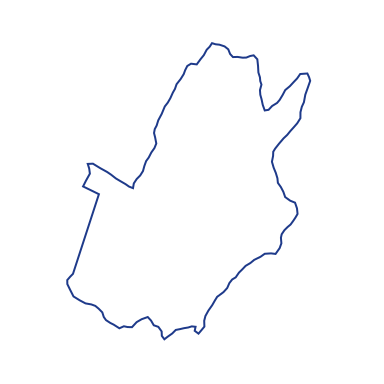 outline of Itagi, Bahia, Brazil, rotated 192°
{"feature_id": "56859067B20920204159127", "entity_name": "Itagi", "entity_type": "district", "adm_level": 2, "iso_a3": "BRA", "parent_name": "Brazil", "parent_adm1": "Bahia", "projection": "mercator", "projection_center": [-40.033, -14.169], "detail": "fine", "context": "isolated", "style": "outline", "palette": "blue", "viewbox_px": 384, "rotation_deg": 192, "n_neighbors": 0, "source": "geoboundaries", "source_scale": "gbopen_adm2", "svg_char_len": 2298}
<svg xmlns="http://www.w3.org/2000/svg" viewBox="0 0 384 384"><g transform="rotate(192 192 192)"><path d="M295.7,79.9L294.8,76.0L290.8,70.9L286.2,65.2L279.3,62.7L273.0,60.9L267.1,61.1L262.9,60.5L259.1,58.5L254.7,55.6L252.3,51.4L249.5,48.8L244.6,46.9L241.1,46.0L234.7,43.6L230.7,46.5L226.9,46.5L222.6,47.3L219.1,53.2L214.8,57.1L209.3,60.5L205.3,57.7L201.7,53.7L196.9,53.1L192.7,49.3L191.6,45.0L188.4,42.2L185.8,45.3L181.9,49.5L179.2,53.7L175.2,55.4L171.6,57.1L167.5,58.7L164.3,60.5L160.5,60.9L160.5,56.8L156.2,54.8L154.2,58.5L151.9,62.9L153.3,68.6L153.1,73.5L151.3,79.4L148.7,85.5L147.0,90.8L145.6,94.7L140.4,100.6L137.6,105.4L136.5,110.7L134.5,114.8L131.5,117.6L129.3,122.9L126.9,126.5L124.2,130.9L120.1,134.7L117.0,138.6L111.5,142.9L108.0,146.7L101.9,148.4L97.4,148.8L94.6,155.3L93.9,160.4L95.5,165.7L95.5,169.3L93.7,173.8L91.3,177.5L88.8,180.7L86.9,185.0L85.5,188.5L84.2,192.5L85.9,197.8L89.0,203.0L94.1,203.9L99.8,206.4L102.7,211.2L106.1,215.3L109.9,218.8L111.3,223.2L114.0,228.1L117.2,232.8L120.1,238.2L120.2,244.2L120.9,248.3L119.7,251.7L117.0,257.2L113.6,263.5L110.7,267.7L108.5,272.0L105.9,276.5L103.4,281.0L101.3,286.7L102.5,292.6L102.3,298.2L101.2,303.0L101.4,310.8L100.4,318.2L99.5,325.3L101.4,328.7L103.8,331.9L110.7,329.9L112.8,324.9L115.2,321.0L118.3,315.8L122.0,311.1L123.5,305.8L125.4,300.3L127.3,296.8L131.5,292.8L134.2,288.3L137.8,286.9L140.9,291.9L143.3,297.3L145.4,301.3L146.7,305.8L146.4,311.5L148.3,314.7L149.4,318.3L151.9,322.7L153.6,329.0L155.7,335.4L160.1,338.5L163.4,337.1L166.8,334.8L170.4,333.9L175.5,333.6L180.0,332.5L183.4,334.9L186.2,339.1L190.4,341.2L195.8,341.8L199.6,341.4L203.4,341.7L204.9,337.8L207.2,334.2L208.9,328.3L211.3,323.6L213.9,317.8L219.6,317.3L222.8,314.3L224.0,309.8L224.6,305.6L226.6,300.1L229.5,294.2L230.1,289.3L231.4,285.2L232.7,279.2L234.3,274.3L236.4,270.0L237.9,262.0L239.9,255.1L240.4,249.6L241.5,245.8L241.4,241.8L239.4,237.7L237.0,232.0L237.9,227.1L240.0,222.2L241.5,216.7L243.3,212.7L244.0,207.6L244.3,202.3L246.1,197.4L248.8,193.2L250.7,188.3L250.5,183.5L254.7,184.2L258.7,185.9L263.9,187.6L269.2,189.4L274.7,192.1L279.1,193.9L283.3,195.2L286.6,196.2L290.0,197.4L294.8,199.1L299.8,197.8L297.4,193.5L295.7,188.7L298.1,180.9L299.7,174.8L282.6,170.5L291.4,87.2L293.5,83.9L295.7,79.9Z" fill="none" stroke="#1e3a8a" stroke-width="2"/></g></svg>